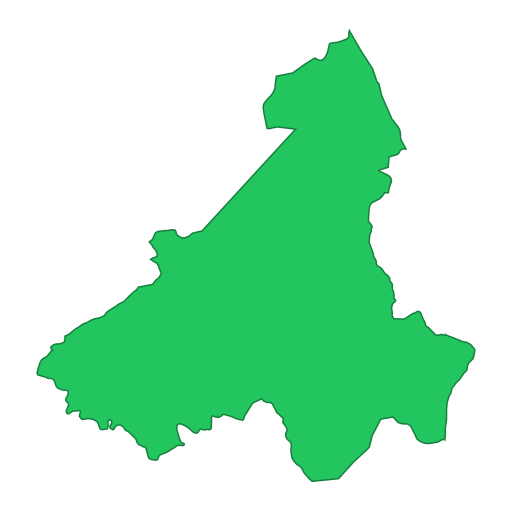 the district of Birim Central Municipal, Eastern, Ghana
{"feature_id": "2480657B80684943588404", "entity_name": "Birim Central Municipal", "entity_type": "district", "adm_level": 2, "iso_a3": "GHA", "parent_name": "Ghana", "parent_adm1": "Eastern", "projection": "mercator", "projection_center": [-1.02, 5.977], "detail": "fine", "context": "isolated", "style": "filled", "palette": "green", "viewbox_px": 512, "rotation_deg": 0, "n_neighbors": 0, "source": "geoboundaries", "source_scale": "gbopen_adm2", "svg_char_len": 6012}
<svg xmlns="http://www.w3.org/2000/svg" viewBox="0 0 512 512"><path d="M445.5,334.5L445.5,334.8L445.2,335.2L444.7,335.4L443.0,334.7L441.8,334.5L440.9,334.5L437.2,335.3L436.2,335.3L435.8,335.0L428.1,327.3L426.9,326.7L426.2,326.1L425.5,324.8L425.2,323.2L424.8,322.1L423.1,319.0L420.8,313.3L420.5,312.7L419.5,311.7L418.9,311.4L417.3,311.4L415.1,312.9L412.8,313.5L404.3,319.1L393.8,318.8L392.4,316.3L392.1,315.5L392.3,312.4L391.7,309.2L391.7,307.2L392.5,304.1L393.8,302.5L394.8,301.9L395.6,300.9L395.4,300.0L393.8,297.9L394.1,295.5L393.7,292.5L392.3,288.6L392.4,284.4L389.9,281.0L389.6,278.0L388.4,276.3L387.2,275.1L384.8,273.3L382.2,269.3L380.2,267.3L377.5,266.0L376.8,264.9L376.3,263.5L376.2,261.2L375.3,259.2L373.6,256.5L373.2,253.3L369.1,242.4L369.8,234.7L371.2,231.4L371.2,228.9L372.0,227.5L372.0,226.0L370.6,223.8L368.9,221.8L368.4,221.0L369.0,209.5L369.6,206.4L370.0,205.3L371.9,202.8L379.8,198.7L381.9,196.5L384.8,192.7L388.3,192.8L388.7,191.3L388.9,189.0L389.5,186.9L391.2,182.3L391.5,180.9L390.9,178.3L389.5,176.3L387.6,175.1L379.5,171.2L379.0,170.8L378.8,170.2L388.2,167.2L389.1,156.9L396.4,154.8L398.3,153.8L399.4,152.2L400.2,150.5L402.0,149.1L404.1,148.9L406.0,149.0L401.4,140.6L400.6,138.3L400.3,132.7L400.0,131.0L399.4,129.1L398.0,126.7L396.6,125.1L393.5,120.9L392.1,119.5L381.5,95.1L378.9,83.6L376.6,81.4L376.0,78.9L372.6,68.8L360.9,50.6L349.4,30.7L348.8,33.8L348.9,35.7L348.6,37.0L347.9,38.2L346.2,39.3L338.1,42.2L331.5,43.0L329.9,43.6L329.4,44.1L327.7,51.6L326.7,54.3L324.4,58.3L323.0,59.4L321.5,60.2L320.3,60.3L318.6,60.2L316.3,58.8L314.7,58.1L305.5,63.8L292.6,73.0L276.4,76.2L275.3,83.4L275.0,87.7L274.3,90.1L272.6,93.4L270.3,96.4L268.7,97.8L264.2,103.2L263.6,104.6L263.3,105.9L263.2,107.0L264.0,113.4L267.1,128.5L270.1,128.6L271.1,128.2L276.8,127.0L277.8,127.0L295.6,129.1L201.9,231.1L198.3,231.7L195.6,232.5L192.5,233.2L188.8,236.3L184.4,237.9L181.4,237.7L177.2,235.2L176.3,233.3L175.8,231.2L174.7,229.9L170.9,229.9L169.8,230.2L166.2,230.7L164.7,230.5L162.2,231.1L160.4,231.1L158.5,231.4L155.9,232.4L155.1,233.4L153.2,237.6L152.7,239.3L149.2,241.9L151.7,244.6L152.4,246.2L153.7,248.1L155.4,249.7L157.2,253.7L157.0,256.4L154.3,257.6L153.4,257.7L150.6,259.3L154.6,262.1L157.2,263.3L157.5,264.5L158.4,265.1L158.7,266.9L159.1,268.2L161.4,273.6L160.3,275.2L159.2,277.3L155.6,280.4L152.4,284.5L145.9,285.6L142.1,286.5L138.5,287.0L136.7,289.6L133.8,291.8L129.4,295.9L123.9,301.6L119.2,303.8L115.6,306.4L109.7,310.1L106.4,312.5L104.4,315.6L101.5,317.1L98.5,318.1L94.6,318.8L90.9,320.3L87.7,322.2L83.0,324.0L78.9,326.9L75.2,329.2L72.3,331.5L69.2,334.2L64.9,336.2L65.0,338.9L64.2,342.1L62.6,343.0L59.3,343.9L56.7,344.0L54.6,344.4L52.3,345.5L50.7,347.4L51.2,348.8L52.9,350.1L51.3,350.8L50.5,352.1L46.6,356.7L42.7,358.8L41.7,359.8L41.0,360.7L39.8,363.2L38.0,368.9L37.8,370.3L37.2,372.2L37.1,373.3L37.7,374.7L39.0,375.3L45.8,377.1L45.9,377.3L46.4,377.5L47.3,378.1L48.5,378.4L51.4,378.5L52.5,378.9L53.6,379.9L54.2,380.9L55.0,382.7L56.0,385.9L57.6,387.9L59.0,388.7L60.8,389.4L63.8,390.1L64.1,390.3L64.9,390.0L66.6,390.3L67.9,391.0L68.2,392.3L68.1,394.3L66.9,396.9L66.1,398.1L65.8,399.3L65.8,400.0L66.3,401.6L68.3,403.1L68.6,404.0L68.4,405.2L66.7,409.7L66.2,410.5L66.5,412.7L67.2,413.5L68.1,413.9L69.5,413.5L70.4,412.7L72.4,411.4L74.4,410.9L77.1,411.0L79.2,410.3L79.9,410.7L80.3,411.5L80.1,413.3L79.5,415.1L79.5,416.4L80.3,417.6L82.1,419.5L88.0,418.6L92.9,419.3L95.5,420.6L97.0,421.7L97.8,422.8L99.9,428.5L100.4,429.1L101.4,429.7L102.1,429.7L105.0,429.1L106.4,429.2L107.2,428.9L107.7,428.3L108.1,425.7L108.0,421.2L108.5,420.5L109.4,420.0L110.4,420.1L111.1,420.5L111.5,421.0L111.8,422.4L111.4,423.5L109.8,426.2L110.4,428.3L112.3,429.4L113.0,429.2L113.2,429.7L114.1,428.9L115.2,427.0L116.1,425.9L117.3,425.2L119.4,425.0L120.2,425.0L120.7,425.3L122.4,426.3L123.1,427.0L123.7,427.5L125.0,429.7L126.2,430.7L128.2,431.4L134.0,437.1L135.7,438.9L136.3,440.1L136.9,442.0L138.2,444.2L138.7,444.6L141.8,445.9L142.6,446.6L143.5,446.9L145.1,446.9L146.0,448.4L148.2,456.5L148.9,458.2L149.4,458.7L151.8,459.6L153.4,459.9L156.5,460.1L157.5,459.6L159.0,456.0L160.0,455.1L161.4,454.3L164.6,453.2L168.0,451.6L172.2,448.8L174.1,447.9L175.2,446.9L176.7,446.0L178.0,445.4L181.5,445.3L181.7,445.6L183.7,445.4L184.3,444.4L184.1,443.7L181.5,442.5L180.6,441.6L180.4,441.0L179.7,438.9L179.3,438.2L176.9,429.8L176.8,428.9L176.9,425.7L177.5,424.7L178.8,423.9L180.4,423.8L183.5,425.0L184.4,425.6L185.1,425.7L189.5,428.7L192.6,431.7L195.0,433.0L196.5,433.1L197.8,432.5L199.9,429.5L200.5,429.2L201.8,429.2L203.6,429.9L205.6,429.8L207.4,429.2L208.9,429.7L210.2,429.6L211.0,428.8L211.3,427.5L211.6,416.9L212.3,416.0L213.4,416.1L215.7,417.1L218.8,417.3L220.5,416.6L223.0,414.6L224.1,414.4L231.0,416.4L236.1,418.6L239.1,419.5L240.7,419.7L242.6,420.3L243.9,418.7L244.2,417.1L244.8,415.7L252.2,403.8L253.6,402.6L255.7,401.5L256.7,401.2L260.5,399.3L262.1,398.9L262.2,399.4L263.1,400.5L264.8,401.6L267.0,402.4L268.0,402.5L269.4,402.4L270.7,402.7L272.0,403.5L272.6,404.2L273.6,406.4L274.1,407.0L274.5,408.1L275.6,410.1L276.6,412.4L279.5,414.8L281.7,417.0L282.4,417.5L283.5,418.9L282.9,420.8L282.8,421.8L283.0,422.0L283.1,423.0L285.0,425.3L286.6,427.9L287.1,429.9L285.9,433.2L285.7,435.3L285.9,436.4L286.7,438.4L288.2,440.2L289.7,441.4L291.0,443.0L291.3,446.2L290.9,450.6L292.0,458.0L293.4,460.5L296.6,464.2L299.9,466.4L301.9,468.5L304.4,473.3L309.6,479.2L312.2,481.3L338.5,478.7L353.5,462.1L369.2,447.5L372.1,435.9L380.7,419.2L392.6,417.1L393.2,417.3L395.7,419.8L397.8,422.3L399.2,422.9L400.7,423.4L403.6,423.9L407.3,423.9L408.0,424.2L410.6,426.1L411.3,427.1L414.1,433.0L415.1,434.5L415.9,436.8L416.9,438.8L417.6,439.5L421.0,441.9L425.0,443.3L428.9,443.5L431.0,443.3L437.9,442.0L442.3,439.6L444.4,439.4L444.8,439.8L445.4,434.6L445.3,428.0L446.5,420.0L446.6,408.3L447.2,402.2L449.1,396.0L450.9,393.0L452.1,388.1L455.8,383.2L459.5,379.5L463.8,373.4L466.8,370.3L467.5,366.0L468.7,362.9L473.0,358.7L474.2,354.4L474.9,349.5L471.2,345.1L467.6,342.7L462.1,341.4L457.8,339.6L446.5,335.2L445.5,334.5Z" fill="#22c55e" stroke="#15803d" stroke-width="1.5"/></svg>